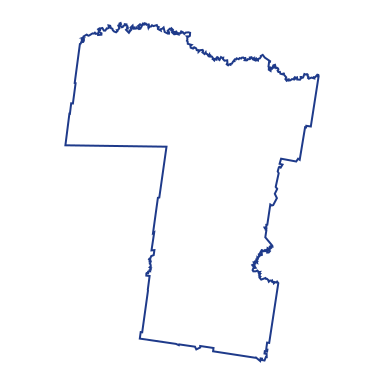 the district of Murrumbidgee, New South Wales, Australia
{"feature_id": "25037944B53831779764710", "entity_name": "Murrumbidgee", "entity_type": "district", "adm_level": 2, "iso_a3": "AUS", "parent_name": "Australia", "parent_adm1": "New South Wales", "projection": "albers", "projection_center": [145.821, -35.012], "detail": "fine", "context": "isolated", "style": "outline", "palette": "blue", "viewbox_px": 384, "rotation_deg": 0, "n_neighbors": 0, "source": "geoboundaries", "source_scale": "gbopen_adm2", "svg_char_len": 5778}
<svg xmlns="http://www.w3.org/2000/svg" viewBox="0 0 384 384"><path d="M264.5,360.5L265.9,357.0L266.7,357.1L266.6,353.9L264.5,353.5L264.8,351.2L267.1,351.6L267.4,349.6L266.2,349.4L267.1,342.6L269.2,342.9L278.3,283.1L277.1,281.6L276.3,282.5L275.1,282.1L273.9,283.2L273.7,282.0L272.8,282.1L272.2,280.6L271.6,281.2L271.3,280.6L270.1,280.5L268.8,281.7L268.1,279.9L267.0,278.9L266.0,278.9L265.5,278.0L261.2,279.6L259.5,277.6L260.3,276.7L259.4,276.2L259.8,275.0L259.2,274.8L259.5,274.2L258.9,273.3L259.7,273.2L259.2,272.8L259.8,272.0L258.9,272.1L257.3,270.5L255.9,271.3L253.3,271.3L252.6,270.1L253.3,268.2L255.6,267.8L254.9,266.7L254.1,267.0L252.7,265.7L253.9,265.1L253.3,264.7L254.5,264.5L253.9,262.6L255.1,263.0L255.0,262.3L254.3,262.1L255.0,261.4L257.1,262.7L256.9,261.7L257.3,261.3L256.3,260.7L256.3,259.9L256.9,260.2L257.3,257.4L258.0,258.2L258.3,257.1L259.2,256.5L258.8,254.3L259.5,253.9L260.5,255.3L261.9,254.9L261.7,253.1L260.4,252.3L261.7,250.1L262.1,250.2L261.9,251.3L263.2,251.3L264.3,250.5L264.4,251.1L265.5,251.1L265.1,250.4L266.5,249.7L267.1,250.8L267.2,252.6L268.7,252.5L269.9,251.1L267.8,249.5L267.7,248.1L269.9,249.0L270.6,248.4L269.8,248.2L270.1,247.6L269.8,246.6L270.6,246.2L270.8,246.7L272.5,246.7L272.3,245.7L265.3,237.3L266.4,230.1L264.9,229.3L265.7,229.3L266.3,228.4L264.8,228.1L264.5,227.5L265.6,227.4L266.4,226.3L266.3,224.8L267.3,224.7L270.3,204.5L271.8,205.5L273.2,205.1L276.9,198.1L274.8,193.8L277.2,188.9L275.7,186.9L278.7,173.2L277.7,171.4L278.9,167.2L279.5,166.8L280.7,167.6L282.5,164.6L279.6,163.8L281.1,158.7L296.2,161.5L298.1,158.7L299.7,159.8L305.1,127.2L306.1,127.4L306.3,125.8L310.8,126.5L318.6,76.4L318.0,76.4L318.2,74.9L317.3,74.7L315.1,77.3L314.0,77.2L314.2,78.4L311.4,77.6L308.8,78.7L308.0,78.0L308.4,76.6L307.6,75.9L307.7,74.6L307.0,74.1L305.9,74.6L304.4,74.0L303.1,77.5L301.7,78.0L301.3,77.0L300.7,77.0L300.9,78.4L300.0,79.7L297.2,79.5L297.0,77.4L295.8,77.9L294.9,77.2L294.3,77.9L295.1,78.8L294.4,79.5L292.0,79.1L290.4,80.3L288.9,80.5L288.8,79.3L288.4,79.3L286.6,79.7L287.2,80.5L286.7,80.8L285.4,79.1L286.2,77.3L283.8,74.5L283.9,73.6L283.3,73.5L282.4,74.3L280.4,73.7L279.9,71.9L278.4,72.0L277.6,70.6L278.4,69.7L278.1,68.5L277.0,67.8L276.1,68.2L275.5,67.4L273.7,67.7L273.9,66.7L275.4,66.2L275.0,64.8L273.4,65.3L272.0,68.6L271.0,67.9L270.6,70.9L268.8,69.7L268.9,68.0L269.8,67.7L268.5,66.6L269.1,61.7L269.9,61.9L270.1,61.2L264.8,57.6L262.7,54.9L260.8,56.0L260.9,56.8L259.8,58.4L258.1,58.9L258.0,60.5L256.6,60.0L256.0,58.4L255.2,58.9L255.3,60.4L253.2,59.5L253.6,58.2L252.5,58.8L251.5,57.2L249.9,57.5L250.3,58.6L249.9,59.1L247.7,59.2L247.2,60.2L246.4,60.4L244.7,60.2L245.5,58.8L245.3,58.0L243.9,58.2L243.2,57.5L241.8,57.7L241.2,58.5L239.6,58.1L238.7,59.2L236.6,58.4L236.0,59.5L234.9,59.3L234.1,60.3L234.4,61.2L233.2,61.4L231.9,63.6L230.7,63.9L230.5,64.8L229.1,64.3L228.1,65.3L226.7,64.3L227.4,62.7L227.2,60.3L224.5,60.7L223.0,59.1L223.2,57.7L222.1,57.9L221.0,57.1L219.5,60.0L218.7,59.4L218.1,57.6L217.2,57.1L216.5,57.8L216.4,59.6L215.1,59.0L214.3,60.5L213.7,59.9L213.8,59.0L212.7,59.0L212.8,57.8L211.9,56.6L211.0,56.5L210.6,55.7L209.9,56.6L209.3,56.3L209.2,54.6L208.3,55.8L207.2,54.1L206.0,53.7L205.7,52.3L204.5,54.0L202.4,52.3L203.2,51.0L202.6,49.9L200.2,50.2L198.5,51.9L198.4,50.1L196.7,50.1L196.2,48.4L194.4,47.3L193.6,47.5L193.6,48.3L193.1,48.6L190.7,47.7L190.4,45.9L191.6,44.9L187.8,43.8L187.6,41.4L186.9,40.8L187.4,39.6L187.2,37.9L187.8,37.2L187.0,36.4L189.4,36.3L189.9,35.8L190.1,32.8L188.4,32.3L185.7,32.6L184.3,33.9L183.2,32.5L182.0,32.7L182.2,31.9L181.2,31.4L180.2,33.4L178.6,33.2L178.7,34.5L177.7,34.2L176.5,31.9L175.2,33.5L175.9,34.0L174.8,34.2L174.2,32.8L174.5,31.9L173.3,32.1L173.2,33.4L172.2,32.5L172.8,31.9L171.8,30.9L172.7,30.8L173.0,29.9L171.4,28.3L170.9,29.0L169.8,28.7L167.7,30.8L168.3,32.0L169.1,32.2L169.0,33.6L167.8,33.6L164.7,32.0L163.6,27.5L162.3,28.7L160.4,29.3L160.7,30.5L157.9,29.0L157.9,28.2L158.7,27.1L157.3,26.5L156.8,25.1L153.5,26.1L152.0,25.3L151.3,26.4L150.0,26.5L149.4,27.2L148.8,26.6L148.4,27.6L148.2,26.8L148.9,25.0L148.7,24.4L146.7,24.8L145.9,23.6L144.7,23.3L144.6,24.5L143.4,24.7L143.4,23.8L142.8,23.6L141.8,26.0L140.0,24.3L138.2,25.9L140.2,27.9L140.9,27.6L140.4,28.7L139.0,29.1L137.6,28.2L136.6,28.3L136.5,27.8L135.9,28.6L134.1,28.7L134.3,27.5L133.0,27.9L132.6,25.6L130.6,27.6L131.5,29.5L130.7,30.4L129.6,30.4L129.9,31.3L128.9,32.8L126.0,29.8L127.9,28.0L127.1,27.3L127.5,26.3L126.5,25.3L126.5,24.4L124.9,24.2L125.0,25.4L123.4,25.7L122.8,27.0L121.8,27.3L120.3,25.7L121.0,24.2L120.6,23.0L119.5,23.5L119.6,24.7L118.3,25.5L119.4,28.2L117.7,30.2L117.0,30.2L117.4,31.1L116.1,32.3L114.1,31.5L112.8,30.2L112.4,28.7L111.0,28.2L110.2,25.8L108.5,25.4L108.9,27.8L107.4,28.6L106.7,28.4L105.3,30.6L103.9,30.6L102.4,28.0L100.5,28.4L100.1,30.1L99.3,30.0L99.0,28.7L98.1,29.3L98.8,30.2L98.7,31.7L101.5,33.3L101.4,34.7L98.1,35.0L98.1,33.2L95.9,33.9L94.9,32.7L94.0,33.6L92.5,33.4L89.1,35.5L88.3,35.7L86.7,34.6L83.5,36.5L83.4,37.5L82.4,37.9L83.6,38.1L82.7,38.8L83.8,39.0L83.9,39.7L81.9,39.8L81.7,41.2L83.6,40.8L83.6,41.4L83.1,42.0L81.2,42.2L80.7,43.6L79.9,44.0L74.7,83.0L75.6,83.2L72.9,103.5L71.2,103.3L69.9,113.8L69.4,113.7L65.4,145.3L166.5,146.7L159.3,197.5L157.9,197.8L153.0,233.2L154.2,232.4L151.5,250.4L154.4,250.1L153.7,255.1L151.2,256.1L150.4,258.2L149.6,258.6L150.0,259.3L149.2,259.6L149.7,260.3L149.6,261.2L150.6,260.9L150.8,261.5L149.8,263.7L150.5,264.3L150.8,266.2L149.7,267.3L151.0,268.0L150.3,269.0L150.7,269.7L149.5,270.3L150.0,271.4L148.1,271.7L148.1,273.2L146.8,273.0L146.4,273.4L146.3,275.6L149.6,276.0L147.8,289.8L148.0,290.5L142.2,332.3L140.7,332.1L139.8,338.6L176.0,343.9L178.9,345.2L179.2,344.4L195.0,346.7L196.3,349.4L200.2,347.5L200.2,346.0L213.5,348.0L213.1,351.3L255.5,357.8L255.9,357.5L260.2,361.0L260.6,358.4L262.0,358.6L261.8,360.0L264.5,360.5Z" fill="none" stroke="#1e3a8a" stroke-width="2"/></svg>